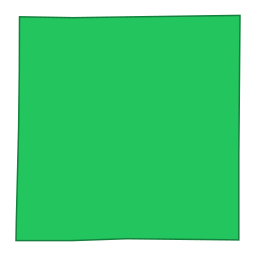 outline of Marion, Illinois, United States of America
{"feature_id": "52423323B11671877616863", "entity_name": "Marion", "entity_type": "district", "adm_level": 2, "iso_a3": "USA", "parent_name": "United States of America", "parent_adm1": "Illinois", "projection": "orthographic", "projection_center": [-88.957, 38.65], "detail": "fine", "context": "isolated", "style": "filled", "palette": "green", "viewbox_px": 256, "rotation_deg": 0, "n_neighbors": 0, "source": "geoboundaries", "source_scale": "gbopen_adm2", "svg_char_len": 265}
<svg xmlns="http://www.w3.org/2000/svg" viewBox="0 0 256 256"><path d="M238.8,239.9L238.8,156.1L240.0,15.4L73.1,17.7L19.5,16.8L19.3,72.9L18.6,128.8L16.3,222.0L16.0,240.6L71.6,240.6L127.0,238.7L238.8,239.9Z" fill="#22c55e" stroke="#15803d" stroke-width="1.5"/></svg>